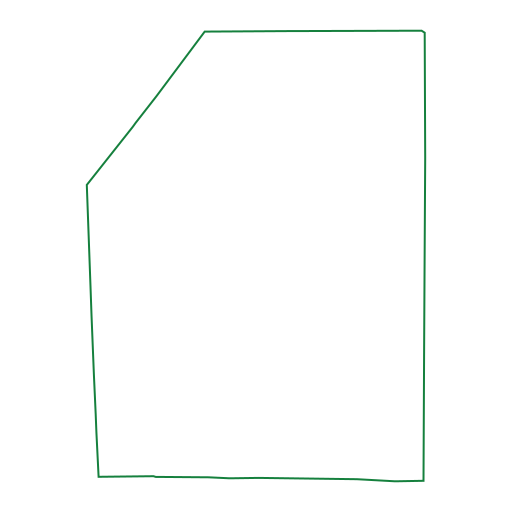 Butler, Pennsylvania, United States of America (Natural Earth projection)
{"feature_id": "52423323B72278925034115", "entity_name": "Butler", "entity_type": "district", "adm_level": 2, "iso_a3": "USA", "parent_name": "United States of America", "parent_adm1": "Pennsylvania", "projection": "natural_earth1", "projection_center": [-79.963, 40.921], "detail": "fine", "context": "isolated", "style": "outline", "palette": "green", "viewbox_px": 512, "rotation_deg": 0, "n_neighbors": 0, "source": "geoboundaries", "source_scale": "gbopen_adm2", "svg_char_len": 427}
<svg xmlns="http://www.w3.org/2000/svg" viewBox="0 0 512 512"><path d="M135.6,122.9L132.8,126.8L86.8,184.9L90.5,286.5L91.5,314.9L93.9,374.7L95.7,414.3L96.4,432.2L98.6,476.8L153.5,476.2L155.7,476.9L208.6,477.3L229.7,478.3L258.6,477.9L356.9,479.2L395.1,481.3L423.5,480.8L424.1,352.3L424.5,279.4L425.2,157.9L424.7,32.7L421.6,30.7L286.0,31.1L204.7,31.6L156.6,96.0L135.6,122.9Z" fill="none" stroke="#15803d" stroke-width="2"/></svg>